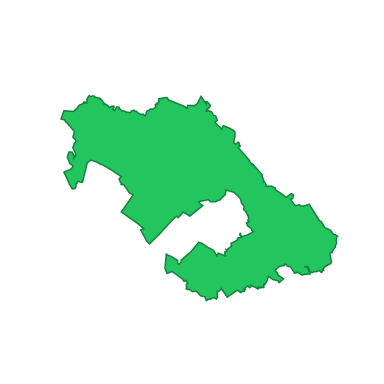 Sahuaripa, Sonora, Mexico (Natural Earth projection), rotated 328°
{"feature_id": "50627088B83077859313792", "entity_name": "Sahuaripa", "entity_type": "district", "adm_level": 2, "iso_a3": "MEX", "parent_name": "Mexico", "parent_adm1": "Sonora", "projection": "natural_earth1", "projection_center": [-108.983, 29.019], "detail": "fine", "context": "isolated", "style": "filled", "palette": "green", "viewbox_px": 384, "rotation_deg": 328, "n_neighbors": 0, "source": "geoboundaries", "source_scale": "gbopen_adm2", "svg_char_len": 6040}
<svg xmlns="http://www.w3.org/2000/svg" viewBox="0 0 384 384"><g transform="rotate(328 192 192)"><path d="M253.4,127.0L252.7,123.6L251.8,122.9L250.5,125.0L250.4,115.7L243.2,120.0L239.7,119.9L234.5,116.4L232.0,118.3L230.9,115.3L220.9,101.5L220.9,98.6L213.2,95.3L212.0,97.0L211.5,98.3L208.9,98.1L209.2,99.0L207.0,98.6L206.3,100.9L202.6,100.9L200.8,99.6L199.8,99.8L196.4,99.5L194.0,101.8L193.2,102.4L192.8,102.4L192.0,101.6L192.0,100.5L191.7,100.0L191.1,99.6L190.2,99.6L189.5,98.5L188.8,98.1L188.8,97.5L188.2,96.6L187.8,95.4L187.8,94.4L186.5,92.9L186.0,91.7L185.0,92.0L184.6,91.4L184.2,91.5L183.4,91.2L182.4,92.0L181.6,92.2L181.2,91.7L181.1,91.3L180.1,90.6L179.9,90.2L179.4,90.0L178.5,89.9L178.3,89.6L178.5,89.1L178.2,88.4L175.4,85.5L175.4,85.0L174.9,83.9L175.0,81.4L173.9,80.3L173.2,80.1L172.4,80.3L171.7,80.9L171.1,81.0L170.5,81.7L169.0,81.6L169.3,79.9L168.9,79.6L170.9,78.8L171.2,77.8L169.3,76.6L167.1,76.7L166.4,76.1L166.5,74.8L166.1,74.4L166.0,72.8L165.3,71.7L164.4,71.5L164.0,70.8L164.0,70.5L164.6,70.1L164.3,69.0L164.4,66.9L163.7,64.5L163.6,63.5L163.2,63.4L160.9,61.1L160.1,60.1L159.9,59.0L159.6,58.5L158.7,57.9L156.4,57.3L155.9,55.9L155.1,55.9L154.3,56.5L151.9,57.7L151.0,59.6L149.9,60.7L149.5,60.5L148.8,58.7L148.5,58.4L147.9,58.4L147.2,58.8L147.5,59.5L142.3,58.6L138.7,60.1L134.2,60.9L126.5,55.2L119.6,60.6L122.2,63.5L122.1,66.1L122.5,66.2L124.3,78.6L120.1,82.2L120.4,82.8L120.1,83.8L120.7,84.8L120.8,87.1L119.4,88.0L117.6,88.6L114.4,91.3L114.0,96.3L113.1,98.8L109.5,101.0L110.1,99.7L111.2,98.9L111.4,94.7L108.9,92.8L104.7,96.3L104.2,100.0L103.3,103.3L104.2,104.4L104.5,105.4L104.6,106.9L104.4,107.2L101.7,108.4L97.3,107.9L96.1,107.5L93.8,107.4L93.3,113.8L92.1,120.8L92.2,126.0L93.6,126.8L95.0,126.9L96.3,126.1L98.3,123.6L99.1,123.6L100.6,122.6L101.4,123.0L104.2,125.8L118.7,111.7L122.8,111.3L124.4,112.8L127.4,116.7L129.3,120.3L130.7,121.8L135.9,131.9L140.3,141.7L138.9,141.6L137.2,142.4L136.9,142.7L136.8,144.3L136.4,145.1L136.8,147.0L136.6,147.4L135.9,147.8L136.0,148.3L137.1,149.1L138.2,149.5L137.9,151.9L138.1,152.3L138.4,159.3L140.5,163.3L124.3,170.3L122.0,171.0L121.5,171.5L129.6,190.9L131.6,197.5L128.4,197.0L127.6,208.9L127.7,210.3L128.4,213.5L141.2,210.7L153.9,207.1L165.7,204.2L166.8,206.5L174.1,204.4L177.3,211.3L193.9,209.3L192.6,205.8L192.7,203.8L201.7,207.1L202.5,210.0L203.5,210.8L206.9,212.7L210.7,213.2L211.6,213.7L213.1,212.9L219.0,211.8L219.3,211.2L221.3,209.3L221.6,208.1L227.5,214.6L227.9,216.8L229.0,220.1L229.5,223.3L228.1,227.9L228.6,232.2L226.5,233.8L227.1,236.1L227.1,238.3L226.9,242.1L226.1,244.4L224.6,245.3L224.1,246.5L224.5,247.4L223.3,247.9L221.9,247.0L221.2,250.2L222.7,253.9L222.8,255.5L222.3,256.1L223.0,258.2L215.0,257.7L213.6,257.0L210.3,256.2L210.7,253.6L211.5,252.3L210.5,252.9L210.7,253.2L210.3,253.3L210.4,253.6L210.3,253.9L209.8,254.0L210.0,255.0L209.8,256.5L208.5,256.2L207.4,255.3L205.8,255.7L205.6,256.7L201.8,256.7L197.9,256.1L197.0,258.8L191.7,259.4L191.6,259.8L190.9,259.4L190.5,258.9L190.3,260.4L187.8,260.3L186.4,263.9L181.9,257.8L179.3,259.3L179.3,252.8L176.3,247.7L173.1,240.6L171.1,238.2L159.3,242.1L146.7,244.0L145.6,245.6L142.4,246.6L142.2,244.6L143.6,242.5L140.1,235.4L138.0,232.8L137.3,231.1L128.6,242.4L127.7,247.9L133.0,248.9L138.1,261.4L137.6,262.9L138.4,263.9L138.9,263.6L140.1,263.7L140.2,264.4L139.9,265.6L140.1,267.1L139.4,267.4L138.4,267.2L137.3,268.7L137.3,269.9L136.1,270.6L135.8,271.3L136.3,272.2L137.1,272.3L137.8,272.9L138.8,274.6L139.6,276.8L143.1,278.4L144.2,284.4L147.4,287.7L146.6,291.7L150.5,291.9L150.5,292.7L153.3,292.9L154.8,293.2L155.9,295.7L157.9,294.8L160.4,290.1L162.2,290.4L164.6,289.9L165.7,289.3L166.2,299.9L178.3,299.3L180.0,303.0L180.2,302.7L180.5,303.0L180.9,302.9L181.4,303.2L182.3,302.9L182.7,303.5L183.7,303.9L184.4,303.3L185.4,303.2L185.0,301.4L186.8,301.5L189.3,301.0L190.1,303.7L191.5,303.6L192.1,302.0L195.2,306.4L196.5,309.3L197.4,309.1L197.9,307.9L198.9,309.4L199.5,309.1L200.4,309.4L200.5,310.2L201.7,310.3L201.9,310.9L202.6,310.9L203.3,309.0L203.7,309.1L204.0,308.8L204.3,309.0L204.7,308.2L205.2,308.6L205.7,308.6L207.5,307.8L212.3,304.1L214.3,309.3L215.9,310.6L217.9,313.1L217.8,315.0L223.6,314.2L221.0,308.0L221.5,306.3L221.0,302.3L227.1,301.4L231.1,303.2L231.9,302.3L232.3,302.8L233.3,303.0L233.6,305.4L235.9,307.7L236.0,312.7L236.3,314.1L235.7,314.9L237.3,315.8L238.7,315.8L241.3,320.8L243.6,321.5L247.4,323.3L248.4,324.1L248.6,323.4L249.9,323.1L249.9,322.7L249.4,321.9L249.1,321.0L249.4,320.2L250.1,319.6L249.9,319.1L250.0,317.8L250.3,316.9L250.1,316.5L249.1,316.1L248.2,315.3L248.6,315.2L250.3,316.4L250.7,317.0L250.3,319.2L250.5,319.8L249.6,320.9L249.6,321.3L250.3,323.1L250.7,323.3L250.9,323.9L253.4,324.3L254.2,325.0L255.4,325.1L255.7,325.7L257.8,325.6L258.3,326.4L258.5,327.0L259.0,327.5L258.9,328.5L259.3,328.8L259.8,328.8L260.2,328.3L260.9,327.8L262.1,328.1L262.0,326.8L263.1,326.8L264.1,325.8L265.7,326.1L267.6,325.6L268.4,326.1L268.9,325.8L271.4,326.3L273.2,325.3L276.4,316.9L278.1,317.1L278.5,317.7L281.7,315.5L284.4,314.8L285.4,313.1L287.2,312.4L288.0,311.3L288.7,309.3L290.9,306.7L291.9,306.7L291.0,304.2L290.4,303.9L289.6,302.9L289.1,297.6L285.7,292.5L286.0,286.0L284.9,283.8L284.9,264.5L280.0,263.3L277.0,261.8L276.0,259.5L275.0,259.4L272.2,258.0L271.7,250.3L273.7,251.0L276.2,248.9L276.3,247.3L275.1,245.9L269.0,246.5L267.3,241.6L264.0,234.7L264.7,232.5L263.9,231.5L262.8,229.3L258.5,227.0L258.4,226.7L258.7,226.2L258.7,225.7L258.1,225.9L257.9,225.7L258.7,224.8L258.7,223.6L258.9,222.9L258.7,222.0L258.3,221.9L258.1,221.4L258.7,221.2L259.8,215.7L260.5,214.8L260.4,213.5L258.3,200.7L257.8,201.3L256.9,196.6L257.5,196.0L254.7,178.8L257.2,178.6L256.8,177.0L257.6,176.8L257.9,175.4L257.7,174.4L257.5,174.2L254.1,174.6L253.6,171.8L254.3,171.4L258.2,167.2L260.3,163.7L259.9,161.8L257.9,158.2L253.8,152.3L250.2,154.7L250.1,154.3L250.3,153.1L250.2,151.7L249.4,150.0L248.4,144.9L251.4,144.7L252.4,140.3L250.8,138.2L251.1,134.4L249.0,131.7L247.4,131.7L246.7,130.9L246.9,130.5L247.7,130.5L248.3,129.5L249.2,130.2L250.7,129.3L251.1,129.7L253.4,128.5L253.4,127.0Z" fill="#22c55e" stroke="#15803d" stroke-width="1.5"/></g></svg>